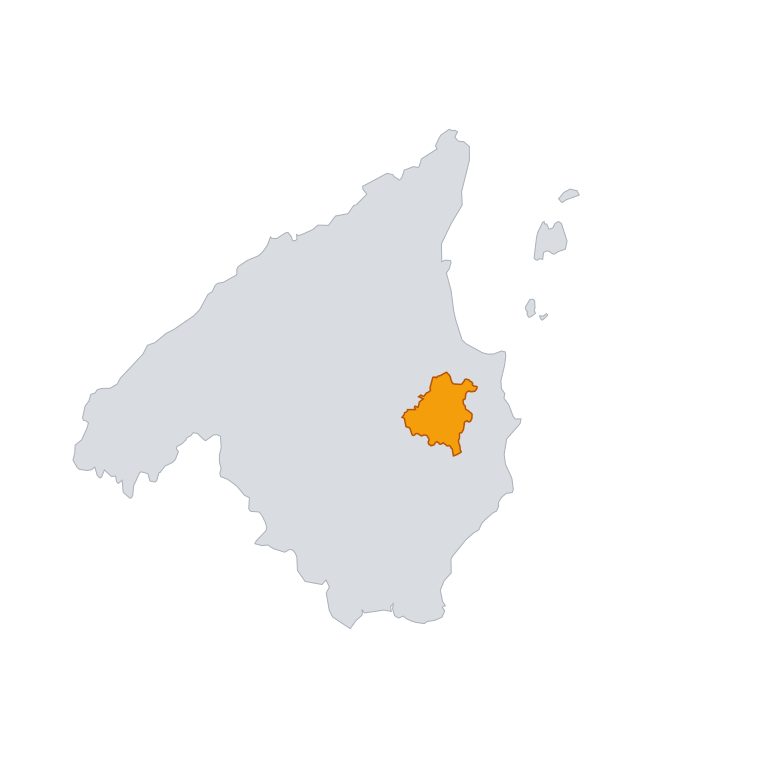 Spain, with Albacete highlighted, rotated 314°
{"feature_id": "ESP-5802", "entity_name": "Albacete", "entity_type": "Autonomous Community", "adm_level": 1, "iso_a3": "ESP", "parent_name": "Spain", "parent_adm1": "", "projection": "mercator", "projection_center": [-1.774, 38.723], "detail": "fine", "context": "in_parent", "style": "filled", "palette": "amber", "viewbox_px": 768, "rotation_deg": 314, "n_neighbors": 0, "source": "natural_earth", "source_scale": "10m", "svg_char_len": 7437}
<svg xmlns="http://www.w3.org/2000/svg" viewBox="0 0 768 768"><g transform="rotate(314 384 384)"><path d="M410.9,200.2L410.9,202.2L414.1,205.8L423.8,208.0L426.3,209.5L425.8,214.5L423.5,218.8L425.6,220.7L427.9,220.7L430.8,217.2L431.4,219.5L435.8,221.6L445.5,225.5L452.4,226.1L459.5,233.8L471.1,232.4L481.5,239.8L491.3,238.2L493.5,239.6L508.6,239.8L509.4,233.7L511.3,231.3L537.6,239.8L540.7,244.9L540.2,247.5L541.6,253.6L545.0,253.4L551.9,250.0L560.9,254.2L563.2,257.9L565.1,258.2L571.9,254.5L590.0,258.9L590.8,256.0L592.1,255.2L599.7,252.6L602.9,252.0L612.6,254.0L613.8,257.4L615.7,258.7L616.5,261.7L610.8,263.5L610.2,268.6L613.7,273.0L614.1,280.4L604.3,290.0L576.3,306.2L567.1,315.9L546.3,320.8L524.8,327.9L512.0,340.7L515.3,341.7L519.1,346.0L517.8,348.0L512.2,350.9L507.2,351.8L497.8,367.4L484.9,383.5L480.1,390.8L470.0,409.4L469.9,414.8L474.9,433.2L477.8,438.1L481.8,442.1L489.4,445.6L491.3,449.0L488.7,452.2L481.0,457.9L467.8,465.6L462.2,471.7L461.0,477.6L457.1,480.2L455.6,488.4L450.3,499.7L450.0,502.7L454.1,506.8L450.0,509.4L429.7,510.4L417.0,519.2L410.7,527.0L405.0,541.5L398.1,550.1L395.0,551.6L390.2,547.9L384.3,547.3L378.5,548.6L375.5,551.5L370.8,553.2L366.2,551.7L356.2,551.0L351.8,551.1L344.9,553.5L338.9,551.9L328.9,551.1L307.2,553.0L304.4,553.9L294.8,563.6L284.2,563.9L274.7,567.8L268.3,577.2L267.1,582.2L265.2,581.0L263.7,581.4L263.0,585.3L256.4,587.7L249.0,584.5L242.9,579.9L239.7,579.5L234.5,572.3L232.2,567.6L230.6,562.6L230.5,559.1L225.8,557.1L224.7,552.5L228.1,546.5L232.6,543.2L228.4,543.4L225.4,547.3L221.5,541.1L205.7,529.0L206.5,524.7L203.9,527.9L202.0,528.8L194.0,528.2L184.6,529.7L180.7,509.1L183.1,501.9L193.5,487.7L200.1,485.7L202.7,478.4L196.7,478.7L187.2,464.5L189.7,451.3L199.2,441.3L200.8,437.3L201.1,433.6L199.3,430.9L194.1,429.5L188.7,418.9L187.5,412.3L183.1,408.6L179.4,402.0L182.7,401.0L196.3,401.0L199.5,399.3L202.0,394.8L204.6,387.6L205.2,383.1L199.9,376.7L199.7,375.4L200.4,373.3L208.7,366.2L207.0,360.9L208.3,349.7L207.6,343.1L206.8,337.7L203.9,330.8L205.7,327.9L210.1,325.5L213.5,319.8L218.5,315.0L225.1,311.1L232.8,302.7L231.5,299.0L228.9,296.8L219.5,295.1L218.8,293.4L218.9,284.2L216.4,280.5L213.0,281.0L207.7,279.4L206.4,280.4L199.8,280.1L195.1,278.4L193.1,279.8L192.6,283.1L184.7,286.4L180.4,286.3L173.1,283.5L164.9,284.4L163.9,283.7L156.9,287.5L154.6,287.6L151.6,283.1L155.5,276.4L152.1,270.2L150.0,270.0L136.9,274.6L129.4,280.6L126.4,281.4L125.3,280.3L124.9,271.7L132.9,262.5L127.8,261.9L128.1,259.2L131.3,255.0L128.0,251.8L128.0,242.5L120.9,245.5L119.1,245.1L119.0,241.3L123.3,233.8L118.7,233.0L115.3,230.2L110.9,224.0L110.9,220.8L113.2,213.1L119.4,209.6L125.5,204.3L133.9,205.3L146.4,200.8L150.7,198.4L150.5,195.3L149.1,192.9L150.4,190.6L160.5,184.3L166.6,183.6L172.9,180.3L177.0,182.4L180.7,181.7L184.9,184.2L190.5,189.8L198.6,192.1L205.0,190.3L238.1,189.8L247.5,187.0L254.8,190.5L268.9,192.1L277.4,195.0L300.9,199.8L309.3,199.8L326.4,195.1L331.0,196.3L337.9,194.0L341.1,194.5L345.4,197.8L360.4,202.2L364.4,198.4L367.3,197.6L378.1,199.9L389.0,204.6L394.6,205.0L402.9,203.7L410.9,200.2ZM609.9,395.3L613.8,397.0L617.9,395.5L620.0,395.9L622.2,396.8L622.7,400.1L614.0,416.4L607.0,420.8L600.1,417.3L596.0,416.5L594.8,415.1L593.9,409.9L592.0,408.3L589.3,407.5L583.9,411.6L582.3,408.9L579.7,408.4L578.7,406.7L578.7,404.6L595.4,391.9L600.3,389.1L610.5,385.8L612.1,386.3L610.7,388.2L612.1,390.0L609.9,395.3ZM657.1,388.6L655.5,393.2L643.1,387.1L639.0,386.4L638.1,385.5L638.5,380.9L646.8,380.3L653.5,382.5L657.1,388.6ZM541.4,440.7L540.0,443.9L533.8,442.8L532.5,441.5L533.8,437.9L535.6,437.4L535.7,434.9L537.5,432.3L546.2,430.2L548.2,432.0L548.6,434.5L543.4,440.0L541.4,440.7ZM547.4,453.5L546.5,454.1L539.8,453.5L539.7,451.4L541.1,448.5L543.5,451.4L547.4,451.9L547.4,453.5Z" fill="#d9dde1" stroke="#a8b0b8" stroke-width="1"/><path d="M442.0,454.4L439.7,452.7L438.6,451.6L438.5,451.3L438.3,451.0L438.3,450.6L438.3,450.2L438.0,449.9L437.7,449.8L436.2,449.3L435.8,449.2L433.5,449.8L433.1,450.0L432.7,450.4L431.6,451.4L429.4,452.7L428.9,452.7L428.6,452.5L428.4,452.2L428.2,451.9L427.9,451.9L427.3,452.2L426.6,452.8L425.4,454.3L424.7,455.7L424.6,456.5L424.6,456.9L424.5,457.7L424.4,458.1L424.1,458.4L423.7,458.7L423.3,459.1L422.8,460.0L422.7,460.2L422.6,460.5L422.7,460.8L422.7,461.1L422.8,461.3L422.9,461.6L423.1,462.3L423.3,463.2L423.4,464.8L423.4,465.6L423.6,466.9L423.6,467.3L423.5,467.7L423.5,468.1L423.3,468.4L422.9,468.9L420.0,471.3L417.6,472.0L417.2,472.1L416.8,472.0L416.5,471.9L415.9,471.6L415.7,471.4L415.5,471.2L415.4,471.0L415.3,470.7L415.2,470.5L415.3,470.2L415.4,469.9L415.4,469.7L415.3,469.4L415.2,469.2L414.8,468.9L414.5,468.8L413.9,469.0L413.6,468.8L413.2,468.5L412.9,468.5L412.6,468.5L412.2,468.6L411.9,468.8L411.7,469.0L411.2,469.2L410.9,469.3L410.9,469.5L410.8,469.8L408.7,471.1L407.2,472.3L406.2,472.8L405.5,473.1L404.2,473.3L403.2,473.7L402.8,473.7L402.6,473.5L401.9,472.9L401.6,472.7L401.3,472.6L400.8,472.7L400.2,473.1L399.1,474.4L397.4,475.9L396.9,476.2L396.2,476.4L395.7,476.5L395.2,476.8L394.0,478.0L393.6,478.6L392.5,481.0L391.2,482.7L389.7,484.4L389.5,484.8L388.9,486.6L388.4,486.8L388.0,486.7L383.8,485.5L380.5,483.9L380.9,483.2L381.5,482.6L381.8,482.3L382.1,481.6L384.6,478.4L384.7,477.9L384.7,477.5L384.5,476.9L384.5,476.6L384.6,476.4L384.8,476.3L384.9,476.0L385.0,475.8L385.1,475.4L385.1,475.1L385.2,474.7L385.2,474.4L385.1,474.0L384.8,473.5L383.6,472.7L383.3,472.2L383.2,471.7L383.2,471.3L383.2,470.5L383.1,469.7L383.0,469.3L382.9,469.0L382.9,468.6L382.9,467.8L382.9,467.5L380.1,466.7L379.7,466.3L379.5,466.1L379.4,465.7L379.4,465.4L379.5,465.0L379.6,464.3L379.5,463.9L379.4,463.2L379.5,462.6L379.5,462.4L379.4,462.2L379.1,462.1L378.4,461.8L377.3,461.8L376.6,461.9L376.1,462.0L375.3,462.3L373.6,461.6L372.1,460.6L372.4,459.9L371.7,458.5L372.3,456.9L372.6,456.4L373.2,455.9L375.2,455.3L375.6,454.6L376.5,451.6L376.6,450.7L376.3,449.8L375.1,448.0L373.1,447.4L372.4,446.3L371.8,442.7L370.3,441.3L368.4,441.4L367.5,441.0L367.0,440.1L367.1,439.3L370.0,433.7L370.1,432.9L369.9,432.1L368.6,429.5L373.4,422.5L372.6,420.0L375.9,419.8L377.6,418.8L379.7,419.5L381.2,419.5L381.9,418.7L387.5,424.4L388.5,422.0L389.6,421.7L390.9,424.7L395.8,421.9L400.6,422.6L398.9,417.8L401.7,418.2L401.4,418.9L403.0,421.2L407.1,420.7L408.8,421.6L411.8,421.9L413.1,419.8L422.7,414.5L423.2,414.7L423.3,414.9L423.4,415.2L423.6,415.4L423.9,415.5L424.0,415.6L424.1,415.9L424.5,416.0L424.7,416.4L424.7,416.8L424.8,417.1L424.9,417.4L425.1,417.4L425.3,417.4L425.7,417.4L425.9,417.4L426.1,417.2L426.5,417.2L427.3,417.5L429.2,418.7L429.6,418.9L429.9,418.9L430.3,419.0L435.7,420.7L435.9,421.1L436.0,421.5L435.9,421.9L435.8,422.3L435.7,423.1L435.7,423.5L435.7,423.9L435.8,424.3L435.7,425.0L435.6,425.4L435.4,425.7L435.4,426.0L435.2,426.5L435.1,426.9L434.7,427.6L434.5,428.0L434.2,428.2L433.7,428.9L433.5,429.2L433.3,430.0L433.1,430.4L432.7,431.1L432.6,431.5L432.5,431.9L432.4,432.2L432.3,432.7L432.3,433.2L432.5,434.0L432.8,434.5L436.8,439.2L437.4,439.7L438.0,440.0L439.1,440.0L440.2,439.7L441.3,439.7L442.1,439.6L442.7,439.1L442.9,439.1L443.2,439.0L443.6,439.1L444.0,439.3L444.5,439.6L445.8,441.9L446.0,442.4L446.0,442.8L445.8,443.6L445.8,444.0L446.4,445.6L446.4,445.8L446.3,446.2L446.1,446.4L446.1,447.3L445.7,447.6L445.3,447.9L444.9,448.0L444.8,448.4L444.7,448.8L444.9,449.8L445.2,450.4L445.6,451.0L445.8,451.2L446.2,451.9L446.5,452.2L446.7,452.6L446.7,452.8L446.6,453.0L445.3,453.9L444.6,454.1L443.8,454.3L442.8,454.2L442.6,454.2L442.0,454.4Z" fill="#f59e0b" stroke="#b45309" stroke-width="1.5"/></g></svg>